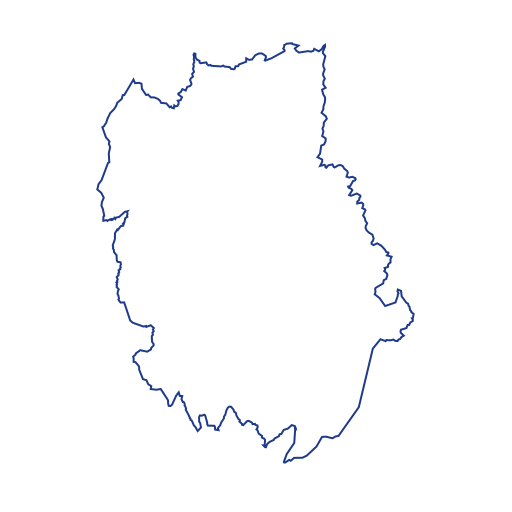 Ullensaker nor, Akershus, Norway, rotated 173°
{"feature_id": "86288312B44440966574319", "entity_name": "Ullensaker nor", "entity_type": "district", "adm_level": 2, "iso_a3": "NOR", "parent_name": "Norway", "parent_adm1": "Akershus", "projection": "mercator", "projection_center": [11.196, 60.154], "detail": "fine", "context": "isolated", "style": "outline", "palette": "blue", "viewbox_px": 512, "rotation_deg": 173, "n_neighbors": 0, "source": "geoboundaries", "source_scale": "gbopen_adm2", "svg_char_len": 6090}
<svg xmlns="http://www.w3.org/2000/svg" viewBox="0 0 512 512"><g transform="rotate(173 256 256)"><path d="M161.8,457.1L163.3,456.3L165.7,453.2L168.7,451.5L173.0,454.5L174.0,452.7L176.5,452.1L179.3,453.0L188.5,452.7L191.0,454.9L192.2,457.3L188.2,459.7L194.0,461.9L194.4,462.8L199.4,463.0L202.4,461.8L202.6,460.1L203.7,458.5L202.6,457.1L202.7,455.9L216.5,450.4L223.1,448.8L223.5,449.1L221.8,452.2L222.0,453.4L225.4,456.3L228.4,456.7L232.3,455.3L236.0,451.5L239.2,451.6L241.6,453.4L242.1,450.0L249.6,448.2L250.6,446.6L253.2,446.8L254.4,444.3L255.1,444.0L258.0,444.8L259.1,446.7L264.2,447.9L265.3,449.0L267.4,448.4L277.1,450.2L277.9,451.2L279.8,450.9L281.1,452.2L281.7,454.2L287.5,454.1L288.4,454.9L288.3,456.6L290.9,458.3L291.9,460.8L291.5,464.1L292.7,464.6L293.5,463.3L293.2,460.8L293.8,459.0L293.5,456.1L294.9,454.0L294.6,451.6L295.7,449.7L295.1,446.3L297.2,444.5L296.7,441.7L299.1,440.2L300.0,438.7L299.1,435.3L299.3,434.0L300.8,432.7L303.6,432.3L305.6,428.8L308.7,430.6L310.8,427.8L313.3,426.7L313.4,425.8L310.1,422.6L311.8,419.9L314.7,419.7L314.1,418.3L314.3,416.4L315.7,414.5L317.8,414.3L318.8,415.4L319.6,412.6L321.6,413.6L322.1,414.8L323.5,414.1L326.4,418.4L331.6,419.6L332.4,421.9L334.1,423.8L337.6,425.8L341.0,426.2L343.5,429.4L345.5,429.2L348.8,435.8L348.7,441.0L350.8,442.1L355.0,442.3L356.1,446.1L367.1,431.8L368.7,431.9L370.1,428.3L375.1,424.9L376.4,422.2L378.8,419.2L383.2,415.7L386.8,410.2L388.4,406.6L391.3,403.2L392.8,402.5L390.5,392.0L387.5,387.7L388.4,385.2L387.5,381.8L389.6,375.9L390.2,366.9L391.5,366.5L400.1,350.0L403.5,346.5L405.4,341.4L401.9,337.6L400.0,332.4L402.3,328.4L403.3,324.8L402.3,321.4L401.7,314.4L402.6,313.8L403.3,309.6L399.8,309.8L399.2,308.9L396.7,310.1L395.1,309.2L394.3,309.4L394.8,310.3L392.0,310.3L391.8,310.9L391.1,310.0L390.6,311.1L387.0,311.5L380.8,315.8L378.1,316.1L378.6,315.6L378.4,313.4L379.2,311.4L378.9,310.6L381.3,309.3L382.4,305.7L384.0,304.3L383.3,304.0L384.1,302.3L386.6,302.1L390.0,298.6L390.5,299.2L393.2,295.8L394.0,289.8L396.9,284.1L396.6,282.3L397.1,281.1L396.3,279.2L396.5,277.3L394.3,273.7L394.7,269.0L394.2,267.1L391.2,266.3L391.1,264.1L391.9,262.8L391.7,261.0L392.5,260.3L392.4,259.3L394.1,258.6L393.8,256.3L394.9,255.4L394.6,253.9L396.8,252.1L396.1,249.5L396.9,248.4L396.8,247.1L397.8,246.8L397.2,245.1L398.0,244.2L397.7,243.3L398.1,242.2L396.3,239.7L397.4,237.8L398.1,235.1L397.4,233.6L397.2,230.4L397.9,229.4L396.1,226.3L392.5,226.0L388.7,207.3L386.3,204.7L376.3,199.7L373.6,199.9L373.5,199.0L369.0,200.1L366.2,197.0L367.3,195.5L366.7,193.8L368.2,192.4L367.9,190.3L369.2,189.2L369.6,183.5L368.3,180.9L368.7,179.5L371.1,177.7L371.6,176.1L375.6,174.3L382.4,176.6L387.1,174.0L387.6,172.8L390.2,171.1L389.9,169.3L390.4,165.9L388.6,165.4L385.9,161.3L385.5,159.9L385.8,157.4L383.2,147.6L379.9,146.1L378.6,141.9L375.8,139.6L376.7,136.8L371.2,135.4L366.8,135.6L361.3,124.5L360.9,123.2L361.2,120.4L360.9,117.9L359.3,117.5L357.4,118.7L352.2,127.2L349.3,130.1L348.7,126.4L346.3,126.0L347.4,123.0L346.5,120.0L345.6,120.0L344.8,118.2L345.1,116.1L344.6,115.7L344.0,113.1L344.5,112.2L342.0,105.6L341.4,103.7L341.6,103.4L340.8,102.2L341.0,101.4L339.8,100.5L338.3,95.4L337.1,93.9L335.2,89.4L331.5,92.5L331.8,96.9L332.6,98.6L332.1,103.1L331.1,104.6L329.2,104.1L326.7,104.8L325.9,104.0L324.7,96.3L325.0,95.3L324.4,93.5L318.1,92.6L317.6,91.6L317.7,88.7L314.4,87.7L314.8,89.8L312.1,92.4L310.8,95.1L307.6,98.8L307.4,100.5L305.9,102.0L304.3,106.1L302.6,108.7L300.9,109.8L299.1,109.4L297.1,106.3L296.6,104.0L295.2,103.0L294.8,99.9L293.2,96.2L292.2,95.5L292.1,94.2L292.6,93.6L290.4,91.2L290.4,90.1L289.3,89.7L284.9,93.2L283.2,93.2L280.3,91.1L279.9,89.5L277.5,89.5L277.2,88.5L275.2,87.6L275.2,85.8L276.7,83.8L275.8,83.1L275.0,79.4L271.9,76.6L272.3,75.1L270.1,73.6L269.4,72.2L270.5,67.1L271.8,67.2L270.3,65.1L269.4,65.0L267.9,67.9L265.3,69.8L260.9,71.2L259.8,72.6L255.2,74.4L254.3,76.2L252.5,76.3L249.7,80.0L245.4,80.8L241.1,83.8L238.2,82.5L238.3,80.7L237.7,80.8L237.4,79.0L238.3,79.0L240.8,65.8L249.6,55.7L253.3,48.6L253.4,47.8L252.3,47.4L247.9,49.6L246.5,48.5L242.8,51.0L234.5,50.1L229.9,51.7L219.2,59.5L212.5,68.4L208.8,68.2L202.2,65.8L199.1,67.2L196.1,67.3L172.4,93.4L151.3,149.9L142.6,158.2L137.7,155.7L136.8,156.7L132.9,155.9L129.8,156.3L128.1,154.8L125.8,154.3L124.7,155.8L123.1,156.0L121.6,157.8L119.0,158.9L121.7,162.1L121.7,164.0L121.0,165.2L115.5,166.1L113.9,169.1L112.4,168.9L111.0,171.2L108.4,172.3L108.1,173.5L108.8,175.2L107.8,175.5L106.6,179.3L108.6,181.3L108.5,182.0L109.6,183.5L109.9,187.2L110.7,188.1L110.8,190.0L112.5,191.4L116.3,198.1L116.3,203.7L119.3,205.4L119.9,203.6L119.1,201.5L119.9,200.7L120.2,199.0L123.2,192.9L133.9,190.6L138.5,199.2L142.8,203.5L141.8,205.8L141.7,209.0L141.1,209.8L133.1,213.3L132.2,216.4L129.5,217.4L127.9,221.0L128.4,223.0L130.6,225.4L129.7,226.2L129.4,227.5L129.8,228.4L126.3,229.1L126.1,230.9L125.4,231.9L123.2,233.3L123.0,236.2L121.5,238.8L126.0,240.6L124.2,242.6L124.2,243.3L126.3,244.1L127.0,246.2L130.3,250.9L134.1,253.8L138.1,252.5L139.8,254.0L139.6,255.5L138.1,256.8L137.1,259.2L137.9,263.0L141.3,265.7L143.1,268.1L143.8,270.2L143.6,271.9L141.7,275.0L143.1,277.4L143.3,280.2L144.8,283.1L141.8,288.0L142.3,289.1L144.7,290.5L143.4,293.1L143.3,294.7L144.6,296.1L149.2,295.8L148.8,297.7L146.7,299.1L146.3,301.0L145.1,302.2L145.1,303.3L148.3,305.7L154.3,304.2L156.1,305.1L152.4,309.5L153.1,310.9L155.7,312.5L156.1,313.7L154.0,313.9L150.6,318.5L148.5,319.0L147.7,320.1L147.8,321.0L150.7,322.9L154.0,322.5L156.5,323.7L154.7,327.7L155.1,329.2L157.8,332.0L158.8,334.4L160.7,335.9L163.2,336.0L167.1,334.3L168.0,334.9L168.9,337.6L173.2,337.2L175.5,335.0L176.2,335.5L176.2,337.5L177.1,338.2L181.4,337.6L178.9,341.3L178.5,343.6L182.9,346.6L180.0,349.7L177.8,357.6L174.8,358.5L173.0,361.3L172.5,364.2L175.7,367.0L173.9,371.3L174.5,374.4L173.0,376.8L172.4,380.2L169.0,383.6L169.6,386.1L173.5,390.2L171.3,393.4L170.8,396.4L169.0,400.0L168.2,403.8L168.1,405.0L169.5,408.1L170.2,413.0L166.4,414.5L168.3,418.1L167.8,421.2L166.1,423.6L167.3,427.2L167.3,428.6L165.1,432.9L166.0,435.7L166.0,437.9L162.8,445.9L164.8,449.1L164.8,450.4L161.9,455.4L161.8,457.1Z" fill="none" stroke="#1e3a8a" stroke-width="2"/></g></svg>